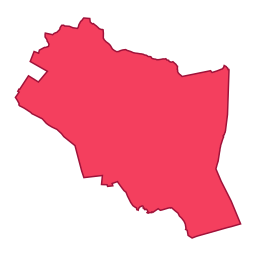 Bodesti, Neamt, Romania
{"feature_id": "2599482B65662709621675", "entity_name": "Bodesti", "entity_type": "district", "adm_level": 2, "iso_a3": "ROU", "parent_name": "Romania", "parent_adm1": "Neamt", "projection": "natural_earth1", "projection_center": [26.436, 47.042], "detail": "fine", "context": "isolated", "style": "filled", "palette": "rose", "viewbox_px": 256, "rotation_deg": 0, "n_neighbors": 0, "source": "geoboundaries", "source_scale": "gbopen_adm2", "svg_char_len": 3570}
<svg xmlns="http://www.w3.org/2000/svg" viewBox="0 0 256 256"><path d="M231.3,226.6L240.6,223.9L231.2,201.2L221.1,181.2L215.9,168.9L216.7,166.0L217.0,164.8L217.9,161.9L217.9,161.5L218.2,161.1L218.2,160.4L218.3,160.2L219.7,151.0L219.8,150.9L220.0,148.9L220.5,146.7L220.6,146.2L220.7,145.7L220.6,145.4L221.3,143.6L222.3,140.3L223.1,138.0L223.6,137.0L223.5,136.5L223.1,136.0L223.8,134.9L224.1,134.9L224.5,133.8L224.8,132.7L225.1,132.4L225.6,130.0L225.6,129.6L227.5,114.6L229.0,69.8L228.8,69.4L228.2,69.5L228.2,69.3L227.9,68.9L227.6,68.1L226.8,67.5L226.2,66.6L224.2,65.5L223.9,66.4L223.8,67.1L222.8,68.4L221.9,69.1L221.1,69.3L217.1,70.9L212.1,72.5L211.2,71.6L210.6,70.7L182.1,76.5L181.7,76.1L180.4,74.9L179.6,74.4L178.2,72.8L177.5,71.2L177.7,70.1L177.2,69.1L177.4,68.8L177.4,68.0L177.5,66.3L177.0,66.0L176.5,65.2L175.8,64.2L174.8,63.4L173.8,62.5L172.9,61.7L172.4,61.9L171.2,62.2L170.1,61.8L169.1,61.3L168.6,60.3L166.9,60.0L165.8,58.7L164.9,59.0L163.0,58.9L161.2,59.3L158.4,59.7L156.7,59.7L155.7,59.2L154.1,59.0L152.2,58.5L151.5,57.8L150.8,56.7L150.1,56.6L148.1,56.5L146.5,55.3L144.3,54.9L143.6,54.4L141.9,54.0L141.4,53.9L140.2,53.8L137.2,53.3L135.2,53.1L133.1,52.6L130.9,51.6L129.1,51.0L126.8,50.3L126.4,50.0L125.7,49.6L124.8,49.7L123.0,49.9L121.1,50.4L119.0,51.2L118.9,51.5L117.3,51.6L117.0,51.7L116.5,51.6L116.2,51.5L114.2,50.4L112.4,49.0L110.3,45.4L108.7,43.7L106.5,42.1L106.0,41.7L104.1,39.7L103.6,38.5L103.3,38.2L103.4,33.3L103.1,29.8L102.7,29.6L102.3,29.5L101.3,29.5L99.0,28.6L98.9,28.3L96.3,25.9L94.0,24.2L93.5,23.6L93.1,23.6L92.4,23.9L92.0,23.6L91.4,23.1L90.2,22.0L89.8,18.5L83.9,18.0L83.7,18.0L82.9,19.0L81.8,20.5L80.7,21.4L78.9,24.7L78.3,27.1L77.5,28.4L74.6,28.0L73.0,27.8L69.4,26.3L66.8,26.1L64.6,26.0L63.7,25.2L61.7,25.3L60.2,27.5L59.7,29.5L58.0,31.2L57.2,32.1L56.3,32.5L55.1,33.0L54.5,33.2L54.0,33.5L52.7,34.7L45.3,33.1L45.1,34.2L45.1,37.0L45.8,38.0L46.4,38.8L46.6,39.1L47.1,40.4L47.2,41.3L47.8,41.9L49.0,44.2L48.7,45.4L48.5,46.4L45.7,47.4L44.5,47.4L39.4,50.1L38.6,53.2L34.1,51.5L30.2,61.5L47.4,71.3L38.4,82.0L28.5,75.8L19.7,89.3L19.0,89.1L17.8,91.3L19.1,92.1L16.3,96.2L15.4,97.4L17.2,100.1L19.1,103.6L18.9,104.9L19.9,106.0L20.9,106.4L24.3,108.2L30.6,112.3L32.0,113.7L42.3,118.8L46.3,123.3L48.7,125.1L52.1,127.1L53.8,127.9L57.0,129.4L61.5,133.6L63.8,136.6L75.0,145.6L81.7,171.0L83.9,177.6L102.4,175.5L101.5,184.5L102.9,184.6L107.0,184.7L107.6,186.4L112.8,185.8L112.7,185.3L112.5,184.6L112.3,184.0L112.1,183.5L112.4,183.4L117.5,181.6L117.6,182.0L117.8,182.2L118.0,182.4L118.1,182.6L118.6,183.3L120.4,185.8L122.3,188.4L124.0,190.6L126.0,192.2L127.5,196.0L130.7,202.4L132.9,205.6L134.8,207.0L135.6,207.4L136.4,207.8L136.8,209.7L137.5,209.9L138.2,210.2L138.5,208.9L138.9,208.1L139.8,207.0L142.1,205.9L143.0,206.2L143.2,206.7L143.2,207.3L143.1,207.7L143.1,208.0L143.4,208.2L144.3,208.2L144.4,209.4L144.7,209.6L145.0,209.7L145.4,209.5L145.6,209.3L145.7,209.2L145.9,209.2L146.1,209.2L146.3,209.3L146.6,209.4L146.9,209.8L147.2,210.2L147.7,211.1L148.0,211.4L147.9,211.8L147.5,212.2L147.0,212.5L147.3,212.9L147.7,213.0L147.9,213.0L148.3,213.0L148.5,213.1L149.0,212.9L149.4,212.6L150.0,212.6L150.7,212.6L151.2,212.7L151.4,212.2L151.7,212.0L152.0,211.8L152.5,212.0L152.8,212.4L158.2,208.7L159.2,209.5L159.9,210.0L160.4,210.3L162.5,209.8L168.5,208.0L169.3,207.9L169.9,207.7L170.4,207.7L170.5,208.0L171.6,207.7L172.5,208.5L174.1,209.9L174.9,210.6L178.0,213.1L179.4,216.0L181.6,218.1L184.0,221.2L185.3,224.1L186.0,228.4L185.6,229.4L187.2,230.3L188.1,235.4L192.1,238.0L196.0,236.5L198.2,235.8L227.2,227.6L231.3,226.6Z" fill="#f43f5e" stroke="#9f1239" stroke-width="1.5"/></svg>